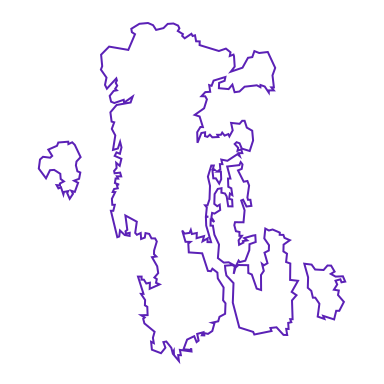 outline of Tjøme nor, Norway
{"feature_id": "86288312B10899957207180", "entity_name": "Tjøme nor", "entity_type": "district", "adm_level": 2, "iso_a3": "NOR", "parent_name": "Norway", "parent_adm1": "", "projection": "equal_earth", "projection_center": [10.411, 59.111], "detail": "fine", "context": "isolated", "style": "outline", "palette": "violet", "viewbox_px": 384, "rotation_deg": 0, "n_neighbors": 0, "source": "geoboundaries", "source_scale": "gbopen_adm2", "svg_char_len": 6008}
<svg xmlns="http://www.w3.org/2000/svg" viewBox="0 0 384 384"><path d="M139.4,23.8L131.3,28.8L131.9,32.2L135.0,34.2L128.3,49.9L109.1,46.6L101.1,54.7L102.2,66.2L100.9,69.6L106.5,77.6L105.0,84.9L106.9,88.7L116.3,78.4L116.9,80.5L115.7,82.8L117.2,85.7L115.2,88.8L116.8,90.3L113.7,90.9L109.7,95.9L111.1,101.7L114.3,103.0L123.7,99.8L124.1,102.6L132.7,96.5L130.6,102.5L116.6,105.0L110.4,112.3L111.6,121.6L114.2,122.3L111.8,128.9L115.3,135.4L113.0,149.9L117.9,148.5L120.1,141.8L121.5,147.4L119.9,153.8L116.5,152.4L114.7,155.9L121.4,158.8L119.7,165.8L116.2,162.8L116.6,168.0L114.1,171.0L114.6,173.3L120.1,172.6L121.2,176.4L116.9,176.3L118.1,178.6L115.6,178.5L114.9,183.0L119.1,184.6L116.7,184.6L117.8,188.3L114.1,189.0L112.7,192.0L115.2,192.1L111.9,198.8L112.3,204.8L114.8,204.8L113.3,210.8L110.9,210.8L117.3,237.2L119.2,236.5L120.0,230.5L124.7,235.0L129.6,235.9L129.7,232.8L126.0,233.6L125.5,231.3L127.3,229.8L125.4,215.5L136.8,221.7L135.2,232.9L136.9,234.8L140.7,233.0L141.1,239.0L144.8,237.6L145.5,233.1L149.2,233.9L151.5,238.4L155.1,238.4L156.8,241.5L154.1,250.5L154.0,254.2L156.3,256.5L152.0,257.2L157.2,266.3L158.2,273.1L154.4,277.5L156.8,279.1L156.0,282.8L159.6,284.4L149.7,288.8L149.9,282.7L146.3,283.5L143.9,279.7L141.5,279.6L141.6,276.6L138.0,276.6L143.5,293.9L141.0,293.9L145.1,300.0L144.9,305.3L147.3,306.8L147.6,315.1L141.1,315.2L144.7,317.5L143.2,318.8L144.4,323.4L154.6,331.8L152.9,337.8L153.8,343.1L151.1,341.8L151.9,349.7L161.0,353.2L165.4,347.7L163.4,342.1L166.3,341.5L171.3,347.8L172.6,352.8L173.8,350.6L174.0,355.1L178.9,361.0L178.2,355.1L180.9,355.2L179.9,349.9L191.5,351.5L191.2,348.3L190.6,349.9L183.5,349.3L187.1,339.6L194.2,336.2L196.6,342.1L198.6,340.6L197.2,333.9L203.1,332.3L201.8,335.3L204.3,335.4L204.3,333.1L208.0,333.9L212.3,331.0L214.4,323.5L212.0,322.7L218.2,321.3L219.5,316.8L225.1,313.8L225.5,303.3L223.1,300.3L223.6,287.5L217.8,278.4L217.4,272.6L212.4,268.7L210.9,271.2L207.9,270.9L202.2,253.3L188.8,252.4L188.3,243.6L190.4,241.9L185.5,241.8L182.2,230.5L184.6,233.6L189.5,232.9L190.8,229.9L191.9,234.0L196.8,233.0L196.6,238.2L204.0,236.1L202.6,241.3L207.6,238.4L207.5,242.1L211.1,242.2L206.2,225.6L205.9,217.3L208.3,216.6L205.9,216.5L206.8,207.5L205.1,205.3L207.5,205.3L209.5,199.3L210.0,185.8L207.9,176.7L211.3,165.5L213.8,165.5L213.0,168.5L214.8,170.0L212.4,170.0L213.3,178.3L215.8,178.3L219.2,183.6L221.2,179.2L220.9,171.6L217.2,171.6L220.3,169.4L219.9,164.1L222.4,164.1L221.3,159.6L227.4,160.8L237.4,154.2L239.7,156.1L238.6,153.1L242.3,153.1L241.2,149.4L237.5,150.8L238.2,147.8L234.7,144.0L236.6,142.2L239.6,143.3L241.8,148.6L249.7,151.0L253.1,140.5L252.2,130.7L246.8,127.6L244.6,120.8L242.2,120.8L239.6,123.8L231.1,122.9L232.7,130.4L229.4,136.4L228.3,134.1L224.6,135.6L222.2,132.6L220.9,134.8L217.3,134.8L218.4,137.0L212.3,137.3L209.9,134.7L207.4,136.9L205.0,136.1L205.1,132.3L201.4,133.0L197.5,142.8L197.2,132.2L200.4,127.0L202.9,127.1L199.6,116.5L194.7,114.9L204.1,108.3L206.9,99.3L205.2,96.3L201.5,96.2L205.3,92.1L210.2,91.8L209.2,85.1L211.6,85.8L213.6,80.6L225.4,77.0L224.6,80.8L219.1,82.9L218.9,88.2L228.6,89.1L232.4,84.6L234.6,92.2L239.5,91.5L244.6,86.7L256.8,85.3L260.4,87.2L260.5,85.0L264.7,86.5L268.8,92.6L268.9,90.4L273.8,90.4L271.4,87.4L273.9,87.4L272.5,75.4L275.2,67.9L267.8,52.0L259.2,53.0L254.4,51.1L252.3,57.1L248.0,57.8L242.5,67.7L230.8,71.7L234.7,66.6L234.0,56.1L233.5,54.6L229.8,56.0L230.5,52.3L225.9,48.6L218.9,51.0L199.6,45.1L199.7,41.4L196.1,41.3L195.0,35.3L192.6,36.0L191.4,33.8L184.7,38.3L182.2,35.9L182.9,34.1L177.8,31.0L179.4,28.3L178.1,25.6L173.4,23.5L167.7,23.9L163.5,28.1L156.1,29.9L153.1,25.2L148.0,23.0L139.4,23.8ZM268.9,230.5L265.3,228.6L264.3,238.4L269.0,245.2L268.8,250.5L264.5,252.7L267.5,263.2L263.9,265.3L262.0,263.8L263.8,270.9L261.0,275.0L261.1,290.0L256.7,288.6L251.8,274.5L248.3,273.0L248.2,265.2L238.5,265.0L235.5,267.6L233.7,273.9L234.8,266.4L232.3,265.1L225.0,265.7L225.4,270.2L226.4,275.5L233.5,283.1L232.8,302.6L239.3,327.5L253.2,331.9L254.3,334.5L271.5,331.0L270.4,328.0L276.5,327.3L283.5,334.9L287.2,335.0L286.2,328.9L288.6,329.0L288.2,322.9L291.3,322.2L290.2,319.2L292.6,319.2L292.0,300.4L296.5,295.2L291.7,291.9L298.0,280.8L290.1,279.9L290.3,263.5L286.1,262.0L287.0,253.7L283.4,251.4L283.6,244.6L289.9,240.2L284.5,237.9L283.4,234.9L279.7,234.8L279.8,232.6L272.6,229.5L268.9,230.5ZM242.5,164.4L240.7,162.1L239.4,165.1L227.2,166.5L230.4,178.5L228.0,178.5L228.3,186.8L231.3,188.3L232.3,195.1L229.9,193.5L229.1,198.8L232.1,199.6L232.5,206.4L228.2,206.3L226.7,196.5L225.0,193.5L221.4,192.7L221.5,188.2L217.8,188.9L214.6,194.1L214.3,203.9L217.2,206.2L219.7,204.7L220.2,210.0L214.5,213.6L212.1,212.9L211.4,217.4L214.3,221.9L210.7,219.6L210.5,225.6L212.9,225.7L214.4,234.7L219.0,244.5L217.9,258.1L223.8,262.6L228.7,262.3L235.9,266.2L238.6,260.6L239.7,262.1L245.3,260.7L249.3,250.2L249.5,244.2L255.7,242.0L255.3,235.2L252.8,235.6L244.2,238.1L247.2,240.4L242.9,241.1L243.4,242.6L239.1,244.8L238.6,240.3L241.9,235.8L239.4,235.8L239.5,232.0L235.9,231.2L234.3,225.2L235.0,222.2L243.5,222.3L244.6,210.3L241.2,200.5L243.1,199.7L246.5,206.5L251.4,205.9L250.4,199.8L248.0,199.8L247.4,197.5L249.1,185.5L247.4,181.0L243.7,181.7L238.0,170.4L241.7,168.9L242.5,164.4ZM315.1,269.5L311.6,264.6L304.3,263.7L308.1,277.3L307.8,287.8L311.3,290.9L312.9,297.7L315.3,297.7L319.4,303.8L317.7,316.6L324.4,318.9L323.2,315.9L334.1,319.4L336.2,310.8L339.3,310.8L343.9,301.9L338.0,295.0L338.8,290.5L333.9,289.7L337.2,284.5L335.5,280.7L340.4,279.3L341.5,282.3L345.2,281.6L342.9,276.3L335.6,276.6L330.8,273.9L334.6,271.6L331.1,265.6L327.5,265.5L323.6,270.0L315.1,269.5ZM68.2,141.7L58.3,142.5L57.0,145.8L48.3,149.6L52.2,155.9L50.2,157.7L43.0,156.8L40.0,159.5L38.8,168.6L46.0,178.3L50.0,170.2L54.2,169.9L60.3,173.8L60.7,179.0L63.9,181.4L59.9,183.5L60.0,185.4L56.6,185.1L58.4,188.4L61.0,187.3L63.4,194.5L64.0,191.9L68.2,191.1L67.2,193.1L69.7,198.8L73.0,193.8L71.3,190.8L74.8,191.9L78.1,182.8L74.1,180.7L79.1,178.8L80.3,172.5L77.4,171.3L75.9,165.4L76.5,161.5L80.6,157.1L74.8,144.9L72.2,142.3L68.4,144.1L68.2,141.7Z" fill="none" stroke="#5b21b6" stroke-width="2"/></svg>